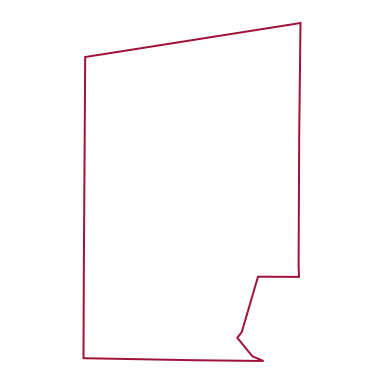 Hunt, Texas, United States of America (Albers equal-area conic projection)
{"feature_id": "52423323B19009886233189", "entity_name": "Hunt", "entity_type": "district", "adm_level": 2, "iso_a3": "USA", "parent_name": "United States of America", "parent_adm1": "Texas", "projection": "albers", "projection_center": [-96.037, 33.123], "detail": "fine", "context": "isolated", "style": "outline", "palette": "rose", "viewbox_px": 384, "rotation_deg": 0, "n_neighbors": 0, "source": "geoboundaries", "source_scale": "gbopen_adm2", "svg_char_len": 289}
<svg xmlns="http://www.w3.org/2000/svg" viewBox="0 0 384 384"><path d="M83.5,358.2L192.9,360.2L263.5,361.0L252.4,356.3L237.3,337.8L241.8,332.0L258.0,276.7L299.0,276.9L298.6,264.7L299.2,135.3L300.5,23.0L85.2,57.0L83.8,275.5L83.5,358.2Z" fill="none" stroke="#9f1239" stroke-width="2"/></svg>